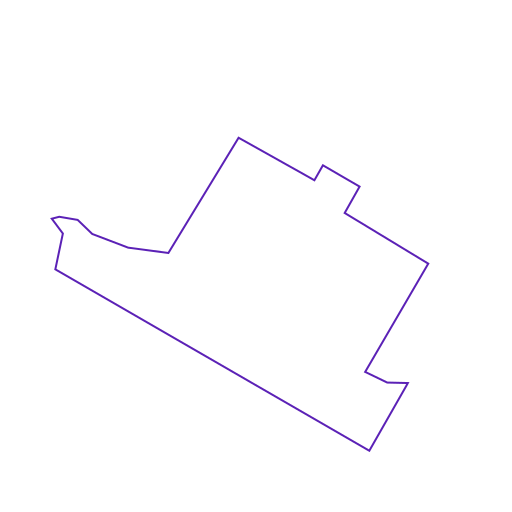 outline of Lanier, Georgia, United States of America, rotated 120°
{"feature_id": "52423323B24465829142626", "entity_name": "Lanier", "entity_type": "district", "adm_level": 2, "iso_a3": "USA", "parent_name": "United States of America", "parent_adm1": "Georgia", "projection": "mercator", "projection_center": [-83.072, 31.014], "detail": "fine", "context": "isolated", "style": "outline", "palette": "violet", "viewbox_px": 512, "rotation_deg": 120, "n_neighbors": 0, "source": "geoboundaries", "source_scale": "gbopen_adm2", "svg_char_len": 413}
<svg xmlns="http://www.w3.org/2000/svg" viewBox="0 0 512 512"><g transform="rotate(120 256 256)"><path d="M368.0,60.5L293.3,60.9L290.1,61.0L300.0,79.1L301.8,103.5L176.5,103.0L174.4,200.7L144.1,201.0L144.0,243.4L161.2,243.3L161.3,253.4L162.3,330.2L297.2,333.4L312.7,370.9L318.8,408.8L313.9,428.5L320.4,446.0L325.8,451.5L333.1,434.5L367.9,423.1L368.0,60.5Z" fill="none" stroke="#5b21b6" stroke-width="2"/></g></svg>